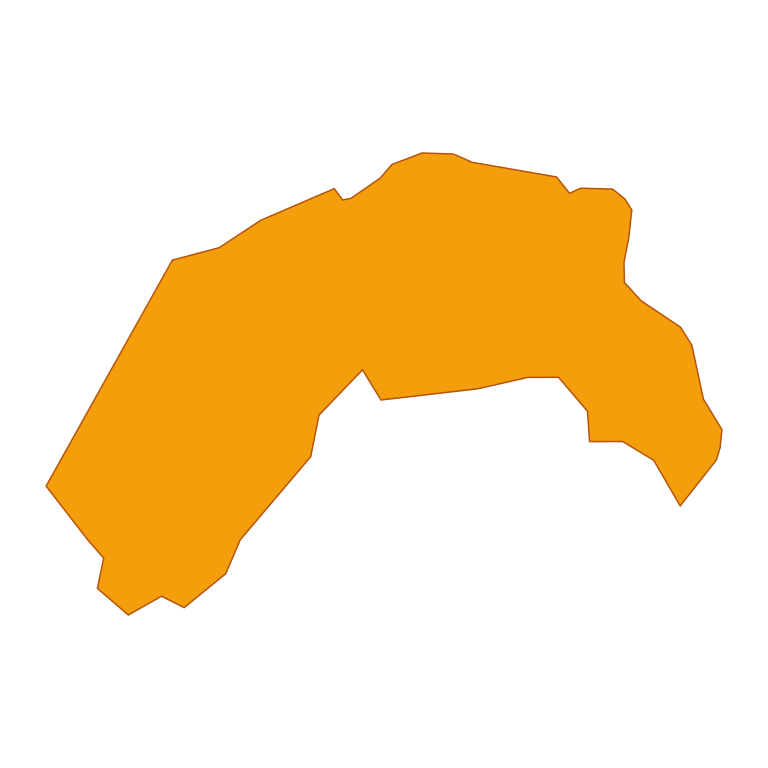 the Municipality of Lubanas
{"feature_id": "LVA-5790", "entity_name": "Lubanas", "entity_type": "Municipality", "adm_level": 1, "iso_a3": "LVA", "parent_name": "Latvia", "parent_adm1": "", "projection": "albers", "projection_center": [26.781, 56.897], "detail": "fine", "context": "isolated", "style": "filled", "palette": "amber", "viewbox_px": 768, "rotation_deg": 0, "n_neighbors": 0, "source": "natural_earth", "source_scale": "10m", "svg_char_len": 717}
<svg xmlns="http://www.w3.org/2000/svg" viewBox="0 0 768 768"><path d="M721.9,429.6L720.1,447.6L716.3,460.1L680.2,505.9L653.7,460.3L622.7,441.5L589.6,441.6L587.5,411.3L558.6,377.3L527.6,377.4L478.1,388.7L381.0,400.0L362.5,369.8L319.0,415.1L310.7,456.7L240.3,539.7L225.7,573.7L184.2,607.6L161.5,596.2L128.3,615.0L97.4,588.4L103.7,558.2L87.2,539.2L46.1,486.1L172.4,260.1L219.1,247.7L260.7,220.3L334.3,188.6L342.6,200.0L351.0,198.3L380.3,178.0L391.9,164.5L421.9,153.0L453.4,154.0L472.1,162.3L556.6,177.0L569.5,193.3L580.5,188.2L612.6,189.1L624.9,199.0L631.8,209.9L628.8,237.6L624.0,262.1L624.4,282.4L641.0,300.7L680.5,327.2L691.8,345.1L703.4,399.1L721.9,429.6Z" fill="#f59e0b" stroke="#b45309" stroke-width="1.5"/></svg>